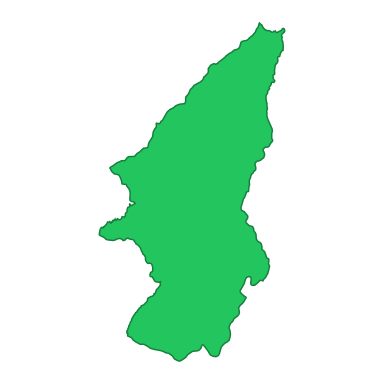 outline of San Luis De Gaceno, Boyacá, Colombia
{"feature_id": "7082276B35644119435262", "entity_name": "San Luis De Gaceno", "entity_type": "district", "adm_level": 2, "iso_a3": "COL", "parent_name": "Colombia", "parent_adm1": "Boyacá", "projection": "robinson", "projection_center": [-73.117, 4.826], "detail": "fine", "context": "isolated", "style": "filled", "palette": "green", "viewbox_px": 384, "rotation_deg": 0, "n_neighbors": 0, "source": "geoboundaries", "source_scale": "gbopen_adm2", "svg_char_len": 6002}
<svg xmlns="http://www.w3.org/2000/svg" viewBox="0 0 384 384"><path d="M283.5,28.4L282.6,28.6L281.4,30.3L277.1,32.5L276.2,32.5L275.4,31.0L274.6,31.3L273.9,31.2L273.5,31.8L272.6,32.2L271.9,32.2L269.6,30.8L268.9,30.6L267.7,30.8L264.8,29.5L262.7,27.0L262.0,25.3L259.4,23.0L258.1,27.1L256.5,29.2L255.1,32.5L253.3,34.3L253.0,35.1L252.2,35.9L251.1,36.3L250.4,37.3L249.3,37.9L248.4,39.1L247.0,40.3L242.0,41.4L240.9,42.5L239.8,46.6L239.0,48.0L238.3,48.7L236.9,49.4L234.4,50.0L233.4,50.7L231.7,52.3L229.3,53.5L226.0,56.0L225.2,57.0L223.2,58.7L218.2,62.5L218.1,63.0L217.6,63.4L215.8,64.2L213.9,63.7L213.0,64.0L210.9,65.1L208.3,68.4L208.3,72.0L207.8,73.3L204.7,76.5L203.7,77.1L203.4,78.7L202.6,80.0L200.5,81.9L193.9,85.5L192.5,87.5L190.4,89.4L188.5,93.9L185.7,97.1L185.6,101.7L184.6,103.7L180.1,104.1L177.2,105.1L175.6,105.9L173.7,107.6L170.0,109.5L167.2,112.0L162.6,120.1L162.2,120.6L161.1,121.2L160.2,123.1L158.9,123.7L156.6,123.2L156.1,124.0L156.4,125.1L156.2,127.1L154.5,129.3L153.2,132.0L152.6,136.7L149.1,142.3L148.5,143.9L148.1,146.7L147.7,147.2L146.8,147.9L143.5,148.2L139.7,151.9L137.2,153.4L134.5,156.4L128.7,156.7L127.3,157.5L125.0,160.6L121.5,160.7L119.7,161.7L116.9,162.8L113.1,165.7L110.6,167.1L109.8,168.0L110.9,169.6L111.5,171.2L114.2,173.9L117.2,174.4L119.0,175.2L120.0,176.9L121.1,179.6L121.6,181.2L122.0,183.8L122.7,184.1L125.9,184.4L126.3,184.7L126.9,186.2L129.1,189.1L129.9,191.3L130.2,193.7L129.8,198.9L130.1,200.6L131.5,201.5L133.9,201.9L135.2,203.3L134.7,203.9L133.3,204.3L132.5,205.3L131.7,205.6L131.0,205.4L130.3,204.3L129.7,204.0L129.5,204.5L129.8,206.3L129.0,207.1L128.0,207.3L127.7,207.6L127.1,209.5L127.1,211.6L125.5,213.3L125.2,215.8L124.7,217.1L122.2,216.6L121.8,217.4L121.6,218.7L119.9,219.7L119.0,219.5L118.4,219.7L117.9,218.9L117.5,218.7L116.9,219.3L116.3,219.6L116.3,220.3L115.8,220.5L115.1,219.1L114.8,219.7L114.2,219.8L113.5,220.8L112.9,220.4L112.5,220.6L112.4,221.9L111.5,222.0L111.3,223.0L110.7,223.1L110.1,222.0L109.6,221.5L108.6,222.4L107.5,222.1L107.0,223.6L104.3,226.5L103.7,226.8L103.5,227.7L103.2,227.8L102.2,227.3L101.4,227.4L100.2,229.4L99.3,233.9L99.3,234.8L99.8,235.3L104.3,237.6L106.1,239.4L107.9,239.9L113.3,240.5L115.6,239.8L117.1,239.0L119.0,238.5L120.4,238.6L122.1,239.4L123.2,240.6L124.7,240.3L126.3,238.6L127.9,238.0L129.1,238.8L130.7,239.3L132.6,239.5L133.7,240.1L134.2,241.1L135.8,243.1L136.0,244.0L137.9,245.0L139.6,246.8L140.6,248.4L141.4,250.8L142.2,252.1L143.0,254.2L144.4,255.2L145.5,257.4L145.4,259.3L146.1,261.4L146.9,262.6L147.6,263.2L148.5,263.4L150.2,263.1L151.7,264.1L152.7,267.3L152.8,270.0L152.3,271.5L150.9,272.4L150.4,273.0L150.0,274.3L150.0,276.0L150.5,276.5L152.3,276.9L154.5,280.7L155.2,281.5L156.0,281.8L159.2,282.3L160.5,281.9L160.2,283.0L160.3,285.4L159.8,285.8L158.5,287.6L156.4,289.8L155.1,293.6L154.7,293.9L154.1,293.7L154.0,294.7L152.6,296.2L151.0,296.5L148.3,297.9L147.6,298.8L147.5,300.4L146.6,302.0L143.4,305.1L141.2,305.8L141.2,306.9L139.3,308.1L138.5,309.5L138.1,309.7L137.8,310.4L137.0,311.2L136.9,312.1L135.6,312.6L135.0,314.1L134.2,314.7L132.3,318.0L131.7,319.3L131.5,320.6L130.3,322.3L129.8,324.4L128.9,325.6L128.7,326.9L127.9,328.8L127.8,329.7L126.8,331.1L127.0,333.2L127.8,333.2L127.6,335.9L131.5,337.6L132.9,339.8L135.9,342.0L140.2,344.3L143.8,344.2L148.2,346.6L150.3,348.3L154.7,349.5L158.9,350.2L162.5,351.1L166.3,353.0L167.4,353.0L169.0,353.5L172.5,356.0L174.4,358.9L177.6,360.6L178.9,361.0L180.4,360.9L184.1,358.6L185.9,357.2L187.5,354.8L192.6,351.3L197.6,350.8L198.6,350.4L199.7,349.6L200.8,348.4L202.1,345.1L202.7,344.9L203.4,345.0L203.9,345.6L208.3,351.4L209.3,353.4L210.5,355.0L213.2,356.3L215.0,356.6L216.6,356.5L217.9,355.8L218.7,355.0L219.5,353.4L221.0,347.8L221.9,346.1L224.9,343.2L227.3,341.9L229.1,340.3L229.9,337.7L230.4,334.8L230.3,332.7L229.9,330.4L229.0,327.8L229.7,325.2L230.5,323.5L232.7,321.3L234.1,318.5L237.6,316.0L238.9,314.3L239.4,312.4L239.3,311.6L238.6,308.0L239.9,305.8L240.7,304.9L242.3,303.6L244.1,301.3L244.9,299.6L245.9,298.3L246.1,297.7L245.9,297.1L244.4,296.2L241.6,293.8L240.2,292.0L240.1,291.3L240.2,290.6L244.1,283.8L245.5,279.2L246.1,278.1L246.7,277.4L247.7,276.9L248.8,276.6L250.3,276.8L251.0,277.9L251.1,279.0L251.0,280.9L250.6,282.9L250.9,284.1L251.5,284.9L252.1,285.3L254.6,285.3L256.8,283.6L260.1,280.4L261.7,280.4L262.9,280.9L263.6,279.4L265.4,277.7L267.9,273.1L269.6,266.3L268.5,263.8L268.9,259.5L268.7,259.0L266.8,257.8L266.4,257.2L265.5,254.0L264.6,251.9L264.1,251.1L262.7,250.1L261.9,249.0L261.8,248.2L262.0,247.1L261.3,244.0L259.9,242.3L257.9,241.4L256.3,239.0L256.0,234.3L255.4,232.9L253.9,230.9L253.5,228.5L252.7,226.8L252.1,226.4L249.2,225.7L246.1,222.7L245.8,222.0L245.8,221.2L246.7,219.5L247.4,218.8L247.8,217.3L247.7,215.9L244.2,211.6L242.0,210.6L241.5,210.2L241.0,208.4L241.0,207.4L243.5,198.8L244.4,197.7L245.8,194.3L246.2,192.7L246.6,192.0L248.4,191.5L248.6,191.0L248.8,187.5L249.6,184.4L249.3,183.1L249.3,180.3L250.4,178.0L250.9,175.7L251.7,174.1L252.9,173.2L253.6,171.8L255.3,170.2L255.8,169.3L255.7,166.9L255.0,164.7L255.1,163.6L256.0,162.1L257.2,161.1L258.9,160.9L260.1,160.5L263.6,157.8L264.4,155.9L264.6,154.2L263.9,151.9L263.1,150.6L263.3,149.1L264.9,147.4L265.5,147.1L267.6,147.1L269.0,146.3L270.7,143.2L272.2,141.6L272.6,140.7L272.6,140.1L271.8,138.4L271.7,137.4L271.8,133.0L272.4,131.3L272.1,128.9L267.7,119.0L266.8,115.4L267.0,113.5L266.6,110.7L267.3,109.5L267.4,108.5L266.9,105.5L267.0,103.4L266.4,101.7L265.9,97.4L266.3,95.2L267.6,93.1L267.7,91.2L268.4,90.1L269.6,88.8L269.2,88.1L269.1,87.4L270.5,85.7L271.1,84.4L271.5,82.6L272.5,82.0L273.7,82.5L274.4,81.8L274.7,81.1L274.7,80.6L273.7,79.5L273.0,77.2L273.0,75.5L273.5,74.7L274.4,74.5L274.6,74.1L274.7,72.1L274.4,71.3L275.1,66.2L275.5,64.5L275.8,63.9L276.3,64.0L277.2,62.9L277.9,61.0L277.6,58.1L277.7,57.0L278.4,56.6L279.5,56.6L279.8,56.2L280.2,53.9L281.1,52.1L282.1,50.7L283.1,50.3L283.2,45.7L282.8,41.8L282.7,41.3L282.0,40.4L281.8,39.0L282.2,37.4L281.6,35.4L281.7,34.5L282.0,34.1L284.2,32.2L284.7,31.2L284.7,30.2L284.1,28.8L283.5,28.4Z" fill="#22c55e" stroke="#15803d" stroke-width="1.5"/></svg>